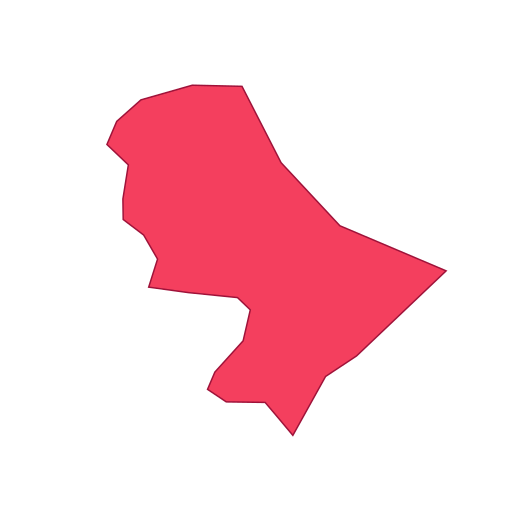 an SVG outline of Birżebbuġa, rotated 293°
{"feature_id": "MLT-5968", "entity_name": "Birżebbuġa", "entity_type": "state/province", "adm_level": 1, "iso_a3": "MLT", "parent_name": "Malta", "parent_adm1": "", "projection": "equal_earth", "projection_center": [14.516, 35.821], "detail": "fine", "context": "isolated", "style": "filled", "palette": "rose", "viewbox_px": 512, "rotation_deg": 293, "n_neighbors": 0, "source": "natural_earth", "source_scale": "10m", "svg_char_len": 492}
<svg xmlns="http://www.w3.org/2000/svg" viewBox="0 0 512 512"><g transform="rotate(293 256 256)"><path d="M406.7,176.8L351.7,242.6L316.6,321.4L316.6,436.8L203.3,387.6L172.3,367.1L105.3,360.0L116.4,338.3L124.8,321.6L110.1,285.6L114.3,263.5L133.1,263.5L172.9,277.3L204.2,271.8L210.5,255.2L195.9,208.1L185.4,169.4L214.7,166.6L231.4,144.4L237.7,119.5L256.5,111.2L290.0,102.9L300.4,75.2L325.5,75.2L354.8,89.1L388.3,130.6L406.7,176.8Z" fill="#f43f5e" stroke="#9f1239" stroke-width="1.5"/></g></svg>